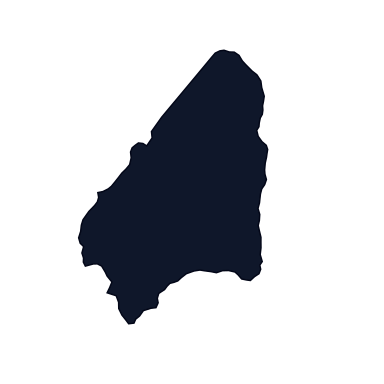 Simões Filho, Bahia, Brazil, rotated 21°
{"feature_id": "56859067B37931035064590", "entity_name": "Simões Filho", "entity_type": "district", "adm_level": 2, "iso_a3": "BRA", "parent_name": "Brazil", "parent_adm1": "Bahia", "projection": "mercator", "projection_center": [-38.397, -12.766], "detail": "fine", "context": "isolated", "style": "filled", "palette": "ink", "viewbox_px": 384, "rotation_deg": 21, "n_neighbors": 0, "source": "geoboundaries", "source_scale": "gbopen_adm2", "svg_char_len": 1720}
<svg xmlns="http://www.w3.org/2000/svg" viewBox="0 0 384 384"><g transform="rotate(21 192 192)"><path d="M219.7,69.6L216.5,63.7L210.7,59.4L204.6,57.5L196.2,53.7L192.0,51.6L186.9,47.6L181.3,46.3L176.7,47.9L171.1,48.2L167.5,50.2L163.9,54.0L162.0,59.3L160.8,62.9L151.5,90.3L142.7,116.0L136.9,133.0L132.5,150.1L135.4,155.8L133.2,165.2L128.8,164.3L124.4,165.4L122.2,168.8L120.3,172.2L120.3,176.7L123.0,181.9L124.0,188.8L122.1,194.4L119.8,199.3L118.0,205.4L116.1,211.4L114.7,215.6L112.6,219.2L108.7,223.5L104.3,226.3L106.8,230.5L107.2,235.2L105.9,239.6L102.7,247.1L100.2,256.9L100.6,262.6L102.2,268.7L102.6,275.4L106.0,279.9L110.4,281.8L111.1,288.4L114.4,292.5L115.7,296.4L119.0,299.4L125.7,294.5L129.4,293.0L134.2,293.5L139.8,297.9L142.9,300.9L149.5,304.7L149.4,310.7L148.9,316.5L153.1,316.3L158.4,316.0L163.0,321.2L165.4,327.1L170.7,332.0L176.3,335.3L180.1,337.7L184.8,335.2L185.0,330.9L187.5,326.5L189.1,320.2L195.2,315.3L199.8,312.9L200.1,307.6L197.7,303.7L197.3,298.6L201.4,292.8L202.5,288.8L204.1,285.2L207.5,282.8L210.6,280.1L212.7,275.8L216.0,270.3L222.2,265.0L227.4,262.0L231.7,261.1L238.4,259.5L243.7,258.6L248.7,254.5L254.3,252.2L260.8,251.3L264.7,252.8L269.5,255.4L274.3,254.6L278.2,253.7L280.7,248.6L283.8,244.3L283.8,239.5L281.5,236.0L282.5,231.8L278.1,226.0L276.4,219.4L274.3,214.1L272.6,209.6L268.8,204.1L265.8,199.6L265.1,194.5L263.3,188.7L259.5,183.7L258.9,178.0L257.7,173.5L256.6,169.3L256.0,164.1L257.2,159.1L257.0,153.7L253.7,149.2L251.9,145.4L250.0,138.8L249.1,132.9L248.2,129.1L247.4,125.2L244.6,121.8L239.2,119.9L233.8,116.3L230.3,111.2L231.1,107.1L230.0,103.3L229.2,98.4L229.8,94.3L228.8,90.1L227.0,86.2L226.2,81.6L225.1,76.7L219.7,69.6Z" fill="#0f172a" stroke="#020617" stroke-width="1.5"/></g></svg>